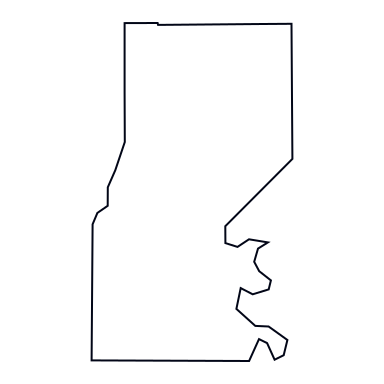 Sharkey, Mississippi, United States of America
{"feature_id": "52423323B93324902631491", "entity_name": "Sharkey", "entity_type": "district", "adm_level": 2, "iso_a3": "USA", "parent_name": "United States of America", "parent_adm1": "Mississippi", "projection": "robinson", "projection_center": [-90.779, 32.88], "detail": "fine", "context": "isolated", "style": "outline", "palette": "ink", "viewbox_px": 384, "rotation_deg": 0, "n_neighbors": 0, "source": "geoboundaries", "source_scale": "gbopen_adm2", "svg_char_len": 549}
<svg xmlns="http://www.w3.org/2000/svg" viewBox="0 0 384 384"><path d="M124.6,92.7L124.8,142.0L115.3,170.2L107.8,187.3L107.7,205.8L97.4,212.9L92.6,224.3L91.6,360.4L249.1,361.0L259.0,339.1L267.1,343.1L274.6,359.7L283.7,355.2L287.4,340.0L268.6,326.5L255.3,325.9L236.4,308.9L240.7,288.1L252.7,294.3L268.7,289.4L270.9,280.4L259.2,271.2L254.2,261.8L258.0,248.6L267.9,242.4L249.0,239.3L237.5,246.9L225.4,243.1L225.3,226.2L292.4,158.9L291.5,23.8L262.9,24.0L158.1,24.9L157.6,23.0L124.6,23.1L124.6,92.7Z" fill="none" stroke="#020617" stroke-width="2"/></svg>